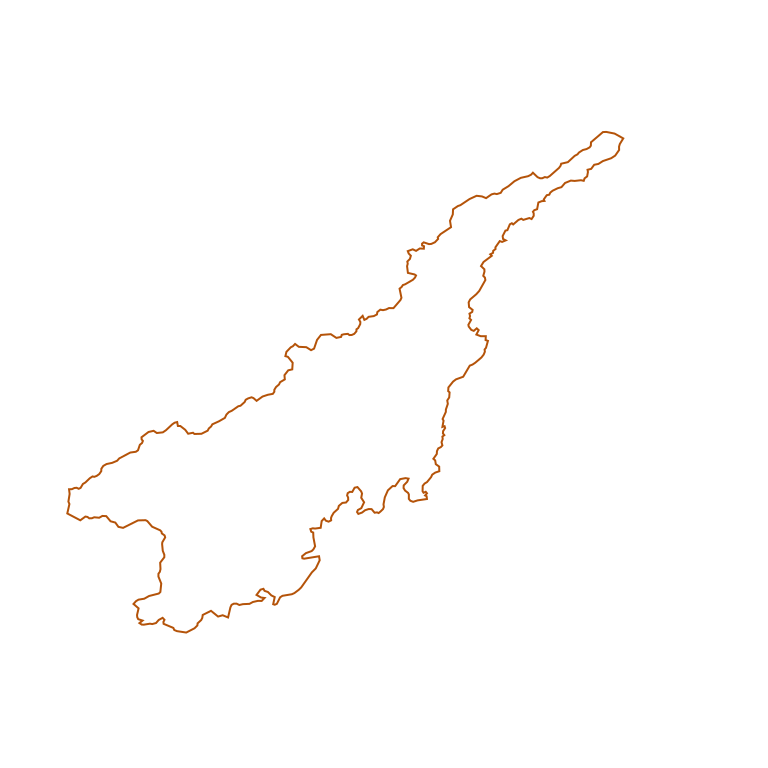 the district of Jaú do Tocantins, Tocantins, Brazil, rotated 231°
{"feature_id": "56859067B80023997915939", "entity_name": "Jaú do Tocantins", "entity_type": "district", "adm_level": 2, "iso_a3": "BRA", "parent_name": "Brazil", "parent_adm1": "Tocantins", "projection": "equal_earth", "projection_center": [-48.634, -12.857], "detail": "fine", "context": "isolated", "style": "outline", "palette": "amber", "viewbox_px": 768, "rotation_deg": 231, "n_neighbors": 0, "source": "geoboundaries", "source_scale": "gbopen_adm2", "svg_char_len": 6099}
<svg xmlns="http://www.w3.org/2000/svg" viewBox="0 0 768 768"><g transform="rotate(231 384 384)"><path d="M355.9,45.0L352.1,47.5L352.1,43.5L349.5,44.3L348.1,45.9L345.0,51.3L343.3,52.8L341.7,56.4L342.4,60.4L341.6,64.8L338.9,65.0L337.9,62.8L336.3,61.8L327.0,66.8L324.8,66.2L322.2,67.6L315.3,73.9L313.4,83.0L313.8,87.0L315.3,88.5L315.6,93.4L316.6,95.6L318.6,97.8L316.6,106.8L307.7,108.7L305.8,113.1L300.7,115.9L307.1,124.1L308.3,126.6L307.8,129.0L306.1,131.2L303.3,132.5L301.7,135.8L297.8,141.1L297.1,144.9L294.8,149.6L292.4,152.4L292.9,156.5L295.4,154.1L300.3,152.2L301.9,158.6L300.7,161.4L298.4,161.0L295.4,162.9L290.6,163.4L287.2,165.0L282.6,159.3L281.2,160.2L280.6,162.4L283.6,169.0L283.3,171.8L278.6,180.1L277.9,182.8L277.7,188.2L278.0,191.6L283.0,209.4L283.6,214.9L287.5,223.1L291.0,225.1L298.5,212.0L299.9,210.9L301.7,212.0L301.7,216.9L299.7,222.6L299.9,225.0L301.2,228.3L309.2,232.6L313.1,235.5L315.0,234.5L317.6,235.5L316.7,237.8L315.0,239.5L312.1,244.3L316.7,249.3L317.2,252.9L314.4,252.8L311.9,254.3L311.3,257.1L313.2,258.5L314.2,260.2L315.6,263.9L315.9,269.7L317.7,272.2L317.8,276.8L315.8,279.9L316.4,283.2L318.4,284.7L320.6,285.2L322.0,287.1L321.7,289.6L320.1,291.4L321.9,295.9L320.6,298.5L315.0,298.7L312.7,298.0L309.9,294.7L304.6,294.1L301.8,288.2L302.5,284.4L301.5,282.5L299.2,282.3L297.9,286.0L297.8,289.9L296.5,293.3L294.6,295.6L289.9,295.7L288.6,297.8L287.1,298.6L287.1,301.0L287.4,304.5L288.5,306.5L290.8,307.9L295.4,313.3L298.9,320.1L299.3,326.4L297.6,328.4L299.9,336.7L297.3,341.5L295.0,343.5L293.4,340.5L292.8,335.5L290.8,333.7L287.9,333.3L284.2,334.2L282.5,333.8L279.1,331.0L276.7,331.0L274.1,332.5L272.4,336.9L267.6,345.0L270.0,346.5L271.5,345.8L272.0,348.6L274.0,348.6L274.6,346.3L276.4,346.5L280.5,350.0L281.1,352.9L280.7,355.7L282.0,362.0L283.2,364.4L282.9,368.1L281.4,372.1L285.1,374.9L289.1,373.8L292.4,375.7L294.8,375.3L296.4,381.0L298.5,382.9L299.8,385.6L299.2,388.4L299.5,390.7L302.6,392.1L304.3,395.0L306.4,396.3L306.3,398.7L308.5,398.7L310.2,400.3L311.3,403.8L313.1,404.5L313.9,402.4L318.0,407.2L319.9,407.5L323.4,414.5L325.2,416.0L328.4,421.1L331.4,422.8L332.5,426.2L336.2,429.7L338.1,429.4L340.8,431.9L342.4,439.2L342.3,442.9L339.8,450.1L344.3,462.2L343.4,465.0L343.1,468.3L343.3,476.4L344.1,479.9L345.6,482.7L347.5,483.9L347.9,486.0L352.1,491.9L354.2,490.6L357.1,493.2L360.2,489.3L364.3,486.9L366.3,491.5L368.9,491.1L368.8,487.2L371.1,485.9L375.3,486.0L376.9,486.8L379.0,492.0L381.3,491.7L382.6,493.6L384.9,494.7L384.5,497.9L385.8,499.5L390.2,498.5L394.2,501.2L395.5,504.2L395.7,512.3L396.4,516.6L401.0,528.2L403.2,529.4L405.6,529.2L408.1,532.8L410.0,534.2L414.6,533.6L416.2,538.2L415.8,548.4L417.9,548.2L417.3,551.3L418.8,552.7L418.7,555.6L420.1,556.6L422.2,563.9L420.1,565.2L419.0,569.0L421.8,567.8L424.3,569.3L426.8,574.9L425.9,576.7L428.9,582.3L428.5,584.5L426.7,584.8L426.9,591.7L426.0,594.8L423.9,595.5L421.5,601.4L419.3,602.5L420.5,606.2L422.5,607.8L424.1,608.1L424.5,610.2L423.5,613.0L427.9,618.2L426.8,621.7L425.3,623.9L426.9,624.3L428.3,629.3L427.1,631.6L428.1,633.7L428.1,636.7L426.8,642.3L425.3,645.8L426.3,651.2L424.5,657.2L421.8,660.0L418.4,665.3L416.2,667.1L417.6,669.3L417.5,672.5L420.4,675.9L422.4,677.0L420.8,680.4L422.1,685.3L420.1,689.1L419.5,694.4L416.5,702.6L416.0,707.4L417.9,714.0L420.5,716.0L422.1,718.3L424.3,724.5L433.5,720.8L440.0,715.4L442.0,712.7L441.6,697.0L439.0,694.7L438.5,692.7L439.1,689.3L440.7,685.8L441.2,681.1L440.7,678.9L441.3,675.8L440.7,666.5L443.7,660.3L442.5,658.6L441.8,656.0L441.3,643.7L441.7,640.8L443.6,639.2L444.3,636.5L445.6,634.8L448.1,633.5L454.5,632.7L454.1,630.0L454.8,626.8L458.1,620.1L459.5,613.0L459.4,605.2L460.3,598.5L459.1,595.0L460.6,591.2L462.5,589.6L463.7,586.9L464.2,580.3L468.1,578.2L472.0,574.4L473.9,566.9L474.9,555.9L475.8,553.4L476.3,547.6L472.5,544.2L469.3,538.0L463.7,534.8L464.9,522.3L464.2,518.1L462.7,517.4L462.1,512.8L463.1,508.9L464.4,507.0L469.1,504.0L469.1,501.9L467.7,500.8L465.9,501.8L464.1,500.1L466.8,497.1L467.3,492.7L470.6,491.1L472.3,486.1L469.8,485.3L466.8,485.6L464.9,482.9L464.5,479.2L462.5,478.1L461.1,476.1L455.3,472.5L449.9,476.7L448.2,477.2L447.2,475.1L446.8,472.1L448.2,463.1L449.0,460.9L448.3,458.7L448.3,456.1L440.0,451.8L438.9,449.6L437.0,439.1L439.9,435.6L440.6,432.5L442.0,429.7L444.1,427.9L444.1,424.1L442.5,422.3L443.2,418.8L445.9,414.3L445.6,411.5L446.2,409.1L450.4,410.3L449.9,405.1L447.1,404.7L445.5,403.2L443.7,399.1L443.8,397.0L442.3,395.7L441.7,392.4L442.4,389.8L443.8,387.9L445.7,387.5L447.9,384.1L448.8,382.1L447.6,380.3L449.8,376.0L456.2,374.0L461.8,365.9L460.4,359.7L455.5,351.9L456.2,348.6L461.5,346.8L466.5,341.2L471.1,340.1L470.7,336.9L471.2,334.7L470.4,328.4L467.7,324.9L465.6,326.4L458.0,326.4L453.1,321.9L454.9,318.2L453.5,312.2L450.0,309.8L450.8,304.4L449.7,302.1L449.6,298.2L448.5,295.1L447.0,293.9L446.3,291.4L448.7,287.0L450.7,281.7L451.1,274.4L455.2,273.7L457.0,272.7L458.3,269.4L458.8,266.6L457.7,264.4L457.4,258.8L458.4,256.8L459.0,248.8L459.8,245.7L459.4,242.3L457.8,239.0L458.9,232.2L460.7,225.2L459.8,222.9L459.7,219.9L458.7,217.6L460.2,210.8L464.5,205.2L466.3,204.9L468.6,200.5L473.5,200.7L479.5,199.3L481.1,197.4L484.6,199.3L485.7,196.9L485.9,194.0L485.3,185.5L485.6,181.7L488.9,176.6L492.6,175.5L494.9,170.8L495.2,162.0L493.5,160.8L491.5,160.8L490.4,158.8L490.4,156.0L487.3,151.1L487.5,148.5L490.4,143.7L492.8,131.4L492.3,128.3L493.8,123.1L496.4,118.0L497.0,114.3L496.0,111.0L494.2,109.4L493.2,106.0L493.4,102.8L494.2,100.4L495.6,99.3L495.9,96.0L495.4,89.9L495.8,87.1L494.2,82.8L494.7,80.8L496.8,79.8L498.0,78.0L498.7,75.2L500.4,73.0L496.4,70.5L491.2,64.7L488.7,64.0L482.7,56.4L469.2,62.2L468.9,68.5L467.3,69.9L465.1,70.4L463.5,72.5L462.8,74.9L459.3,78.5L458.7,82.1L456.1,85.0L449.4,85.1L445.4,88.0L440.1,87.7L436.4,90.7L432.8,107.0L428.2,113.0L426.4,113.8L419.0,114.0L411.1,118.0L409.2,118.1L407.7,117.3L404.4,118.2L402.5,117.4L400.5,112.1L399.2,110.8L393.6,107.1L389.5,105.8L387.6,104.2L386.0,97.6L380.8,93.8L379.1,91.6L378.5,89.3L376.3,87.5L369.1,85.3L363.1,79.3L362.9,77.1L367.1,68.0L368.0,62.6L370.9,57.5L371.3,54.6L370.7,50.9L364.1,52.1L359.9,46.7L358.1,45.5L355.9,45.0Z" fill="none" stroke="#b45309" stroke-width="2"/></g></svg>